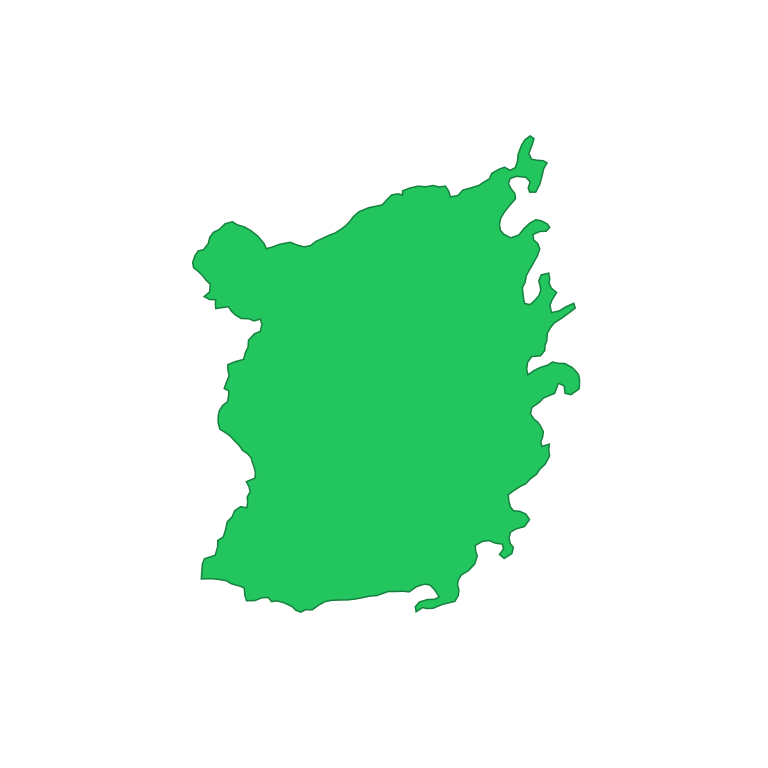 Bocaina do Sul, Santa Catarina, Brazil, rotated 57°
{"feature_id": "56859067B6752568486207", "entity_name": "Bocaina do Sul", "entity_type": "district", "adm_level": 2, "iso_a3": "BRA", "parent_name": "Brazil", "parent_adm1": "Santa Catarina", "projection": "equal_earth", "projection_center": [-49.911, -27.76], "detail": "fine", "context": "isolated", "style": "filled", "palette": "green", "viewbox_px": 768, "rotation_deg": 57, "n_neighbors": 0, "source": "geoboundaries", "source_scale": "gbopen_adm2", "svg_char_len": 4250}
<svg xmlns="http://www.w3.org/2000/svg" viewBox="0 0 768 768"><g transform="rotate(57 384 384)"><path d="M490.4,237.2L494.7,233.1L494.4,223.1L490.7,220.2L486.5,217.4L482.2,215.8L478.2,216.1L472.4,217.3L465.2,221.3L461.2,227.1L457.4,230.6L457.3,236.6L455.2,244.0L454.4,250.9L454.7,258.3L449.4,256.4L444.1,251.8L441.4,245.2L445.6,237.4L443.4,230.8L439.5,228.2L436.5,224.0L430.4,219.4L427.5,213.9L425.5,208.2L425.6,199.0L425.1,190.1L424.5,182.3L419.6,180.9L418.3,189.8L418.1,197.5L415.3,204.7L408.2,201.8L404.8,196.9L401.3,189.4L394.6,191.5L389.3,190.6L385.7,187.5L380.7,185.5L378.1,192.7L381.9,198.1L387.1,199.8L390.8,201.5L394.2,205.9L396.0,212.1L397.0,218.2L393.1,222.2L387.8,220.2L382.4,217.4L378.7,215.6L375.5,210.2L370.6,205.6L367.8,200.4L364.3,193.6L360.1,185.7L355.6,179.8L350.0,178.6L344.6,180.0L339.7,177.7L341.0,170.2L344.2,164.8L342.9,159.7L338.8,159.9L333.0,163.0L328.9,167.2L328.5,174.0L329.9,182.0L332.5,189.8L330.5,198.0L324.0,201.8L318.8,202.7L313.6,200.6L308.8,196.3L305.3,189.2L302.8,181.8L300.3,172.9L295.4,170.5L289.9,171.1L283.8,170.5L280.4,166.3L281.9,159.9L287.9,152.5L294.0,151.3L298.4,156.5L302.5,157.3L305.7,152.2L301.2,144.4L295.5,138.1L290.3,132.7L287.4,126.9L283.6,128.7L279.7,133.8L275.9,137.8L269.6,137.0L264.5,130.1L260.0,124.6L255.5,126.3L255.9,132.6L258.3,137.9L261.2,142.1L264.7,146.7L269.9,150.7L274.0,156.0L273.5,161.9L267.9,164.8L266.6,170.0L266.0,178.9L269.3,183.7L269.0,189.8L269.2,196.0L266.9,204.1L264.3,212.1L266.2,219.6L263.2,226.4L257.7,224.7L251.5,224.7L248.5,230.8L244.3,234.6L241.4,241.4L236.6,247.7L233.7,255.7L232.1,263.2L235.6,265.6L232.2,268.5L229.6,274.7L231.2,281.9L232.8,288.1L230.7,293.4L227.8,300.9L225.9,311.2L227.0,318.7L229.1,324.4L230.4,329.8L230.8,336.3L230.7,343.2L229.3,349.3L228.5,355.6L227.3,363.4L227.9,370.3L225.5,376.3L220.3,381.1L214.1,385.4L210.0,395.4L208.4,402.9L206.4,409.0L201.3,408.1L195.8,408.7L191.6,409.2L187.3,410.6L182.6,412.3L176.1,415.6L170.6,420.4L165.4,422.7L163.1,429.9L164.7,438.2L163.9,444.5L166.2,450.3L170.6,455.1L173.1,462.3L171.2,467.2L173.2,472.3L177.9,478.3L182.8,480.4L187.9,478.6L194.4,477.1L200.0,476.7L205.7,475.4L211.8,480.0L212.7,487.2L218.3,484.2L221.6,479.2L225.3,482.0L229.1,484.0L234.5,472.3L239.9,472.3L245.5,470.9L251.3,468.1L255.6,461.9L260.3,458.6L262.2,452.3L267.6,454.0L272.5,459.1L271.3,465.2L273.5,473.8L279.2,478.1L282.2,483.2L286.9,488.4L284.3,496.3L282.7,504.4L286.9,507.1L292.9,509.6L296.8,515.3L300.8,520.5L305.2,517.9L309.7,521.1L313.7,525.0L314.1,531.1L316.7,536.6L320.0,540.0L325.7,544.0L332.4,546.3L337.9,543.7L343.6,541.4L350.8,540.2L356.5,538.9L362.7,538.8L368.6,536.3L373.4,535.7L378.1,537.1L383.0,538.3L388.6,540.2L392.7,543.7L390.9,552.6L396.8,553.2L401.5,554.9L404.3,560.3L409.2,562.9L413.1,566.6L408.8,571.0L409.0,578.3L412.8,583.9L414.2,590.5L420.2,596.5L424.7,602.1L424.7,608.7L430.1,612.3L435.7,618.9L432.8,629.7L436.0,634.3L441.6,638.6L448.0,643.4L453.4,634.6L458.1,628.8L463.2,623.3L468.0,621.1L471.3,618.3L475.3,614.7L478.9,612.3L485.2,615.7L490.9,617.3L495.3,610.3L496.8,602.8L500.0,597.3L505.3,596.8L507.7,591.8L513.1,587.0L521.0,582.1L525.5,581.3L530.0,578.1L530.6,572.6L534.3,567.3L533.9,560.3L534.3,552.3L536.9,545.7L541.4,538.2L545.3,532.0L548.7,525.2L551.7,517.9L554.2,511.3L557.5,505.3L558.8,499.8L560.3,493.5L564.2,487.5L568.2,480.9L572.1,476.0L571.6,467.5L573.8,459.1L577.7,454.9L583.7,453.7L588.4,453.7L592.6,453.7L592.1,458.9L588.6,464.6L586.1,472.9L587.9,479.1L592.5,481.1L592.5,473.4L595.9,470.1L598.9,464.8L600.4,456.2L602.3,450.2L604.9,443.0L601.8,436.8L597.4,433.3L592.3,431.6L588.9,428.5L586.3,423.3L586.5,414.7L584.4,406.1L579.2,399.5L573.8,398.0L569.1,395.4L569.6,387.2L572.6,381.1L578.1,377.3L582.7,372.0L587.4,373.6L589.9,380.0L595.8,378.2L595.8,369.1L591.5,364.5L586.7,365.0L581.2,363.0L577.1,358.4L577.5,351.8L580.1,343.8L576.9,335.8L570.2,335.9L564.6,339.6L560.8,344.5L555.9,344.9L550.0,343.0L544.5,340.1L544.1,333.2L544.1,325.2L544.9,319.8L543.2,312.6L542.8,305.4L540.4,300.0L538.9,292.2L534.4,284.2L529.2,281.9L524.5,278.1L522.4,285.6L517.8,283.9L514.9,279.9L511.0,276.4L504.5,275.6L499.6,275.8L495.6,277.3L488.9,277.5L484.2,272.7L484.0,263.8L482.6,258.1L483.7,251.7L484.8,246.0L481.8,242.0L478.4,237.4L483.6,233.9L490.4,237.2Z" fill="#22c55e" stroke="#15803d" stroke-width="1.5"/></g></svg>